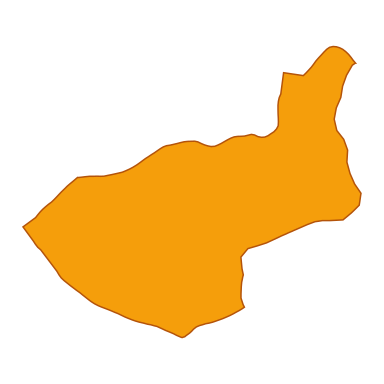 outline of Yahr, Lahij, Yemen
{"feature_id": "15242507B12651180402694", "entity_name": "Yahr", "entity_type": "district", "adm_level": 2, "iso_a3": "YEM", "parent_name": "Yemen", "parent_adm1": "Lahij", "projection": "robinson", "projection_center": [45.152, 13.723], "detail": "fine", "context": "isolated", "style": "filled", "palette": "amber", "viewbox_px": 384, "rotation_deg": 0, "n_neighbors": 0, "source": "geoboundaries", "source_scale": "gbopen_adm2", "svg_char_len": 2913}
<svg xmlns="http://www.w3.org/2000/svg" viewBox="0 0 384 384"><path d="M355.5,63.1L353.0,60.1L352.0,58.7L350.9,57.2L348.6,54.4L345.9,51.8L342.7,49.3L339.7,47.8L336.5,46.8L333.1,46.5L329.6,47.3L326.7,49.3L324.1,51.9L321.2,55.1L318.5,58.0L315.9,61.0L313.7,64.1L311.5,67.0L308.7,70.1L306.1,72.9L303.3,75.6L283.6,72.7L280.8,94.0L279.3,97.4L278.9,99.0L278.4,101.3L278.0,105.3L278.0,109.3L278.1,114.1L278.3,118.0L278.4,122.0L278.2,125.8L276.5,129.0L273.9,131.8L270.8,133.8L267.9,135.8L264.7,137.1L261.5,137.3L261.4,137.3L257.9,136.6L254.6,135.0L251.4,134.4L247.7,135.3L244.4,136.1L241.0,136.3L237.6,136.4L234.1,136.9L230.7,138.2L227.4,139.9L224.4,141.6L221.3,143.4L218.0,145.0L214.8,146.3L211.5,146.5L211.4,146.6L207.8,145.9L204.5,144.9L201.2,143.5L197.9,141.9L194.7,141.2L191.0,141.3L187.7,141.4L184.0,141.8L180.6,142.6L177.2,143.5L173.8,144.3L169.9,145.2L166.5,145.7L163.3,146.9L160.3,148.7L157.4,150.7L154.4,152.8L151.2,154.8L148.4,156.7L145.4,158.6L142.7,160.6L139.5,163.0L136.5,165.1L132.9,167.3L129.5,169.1L125.5,170.9L122.3,172.2L118.5,173.1L115.0,173.9L111.3,174.7L107.8,175.4L104.0,176.2L100.6,176.3L96.9,176.2L93.6,176.3L89.5,176.3L85.5,176.7L82.2,177.1L78.6,177.5L77.6,177.4L76.4,178.4L73.4,181.0L70.2,183.6L67.3,186.1L64.7,188.7L61.7,191.6L59.3,194.1L56.8,196.8L54.2,199.5L51.5,202.1L48.5,204.3L45.4,206.9L42.7,209.3L40.2,211.9L37.8,214.8L35.6,217.6L23.0,226.9L33.4,241.1L35.4,244.2L37.8,247.3L40.7,249.8L56.8,271.1L59.1,275.0L61.3,278.0L64.2,280.7L67.2,283.1L70.3,285.6L73.5,288.0L76.5,290.3L79.9,292.7L82.8,295.1L85.6,297.3L88.5,299.6L91.3,301.7L94.6,303.8L98.3,305.7L101.4,307.0L104.6,308.2L108.5,309.7L111.7,311.0L114.9,312.4L118.0,313.6L121.5,315.3L125.0,317.0L128.4,318.4L132.2,319.9L135.7,321.1L139.1,322.1L143.5,323.1L147.5,324.2L150.9,324.8L154.3,325.8L156.9,326.4L163.0,329.2L165.5,330.4L169.5,332.0L171.6,332.9L173.7,333.8L176.5,335.3L181.4,337.4L182.5,337.5L183.6,337.0L184.7,336.8L186.1,335.6L187.8,334.4L189.6,333.1L190.9,331.9L191.3,331.6L193.5,329.2L196.4,326.9L199.7,325.5L202.7,324.7L205.4,323.8L205.8,323.7L209.1,323.1L212.6,322.2L215.8,321.1L219.5,319.8L222.8,318.6L226.5,317.0L229.7,315.6L233.1,313.9L236.1,312.2L239.3,310.5L242.4,308.6L244.4,307.2L243.1,304.6L241.0,298.1L241.0,293.7L241.3,286.4L241.7,282.1L242.3,279.3L242.7,277.1L243.3,274.9L242.0,268.7L240.9,257.1L247.9,248.6L257.2,245.9L266.5,242.9L279.8,236.7L281.0,236.1L282.8,235.3L286.8,233.6L287.1,233.4L290.3,232.0L291.8,231.4L293.7,230.5L295.6,229.7L297.9,228.7L298.3,228.5L301.1,227.3L303.6,226.2L307.5,224.5L315.0,221.7L318.6,221.2L322.3,220.6L322.7,220.6L329.2,220.6L329.6,220.6L343.0,219.9L351.4,212.9L354.2,210.2L354.3,210.1L359.2,205.2L359.7,202.1L360.7,195.1L361.0,193.3L354.6,184.0L352.6,179.4L350.0,173.5L346.9,162.1L347.6,150.1L343.7,139.3L336.8,130.5L334.2,119.2L336.3,107.9L340.8,97.5L342.6,86.2L346.5,75.3L352.3,65.2L355.4,63.1L355.5,63.1L355.5,63.1Z" fill="#f59e0b" stroke="#b45309" stroke-width="1.5"/></svg>